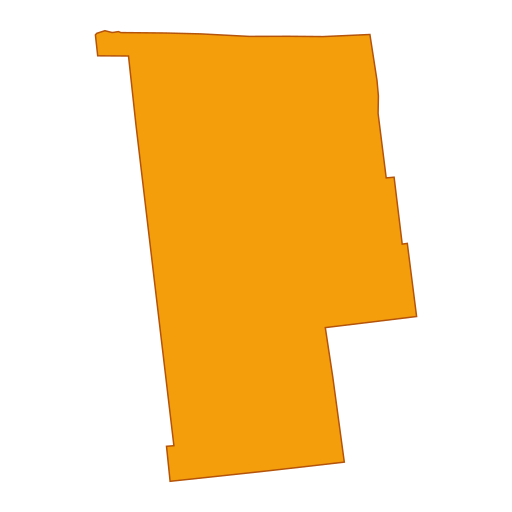 the district of Franklin, New York, United States of America
{"feature_id": "52423323B52661947985134", "entity_name": "Franklin", "entity_type": "district", "adm_level": 2, "iso_a3": "USA", "parent_name": "United States of America", "parent_adm1": "New York", "projection": "natural_earth1", "projection_center": [-74.342, 44.551], "detail": "fine", "context": "isolated", "style": "filled", "palette": "amber", "viewbox_px": 512, "rotation_deg": 0, "n_neighbors": 0, "source": "geoboundaries", "source_scale": "gbopen_adm2", "svg_char_len": 506}
<svg xmlns="http://www.w3.org/2000/svg" viewBox="0 0 512 512"><path d="M369.9,34.5L323.0,36.6L288.7,36.3L249.0,36.4L200.9,33.9L165.0,33.0L120.8,32.6L118.5,31.6L116.3,31.9L114.2,32.3L112.0,32.5L104.9,30.7L96.8,33.3L95.4,34.9L97.7,55.8L128.5,56.0L135.9,124.4L173.9,445.7L166.5,446.3L170.1,481.3L270.0,470.6L344.3,462.1L332.8,377.2L325.3,327.6L416.6,316.5L407.3,243.4L402.2,244.1L394.1,177.2L386.2,177.9L378.1,113.5L378.4,96.0L377.0,80.4L369.9,34.5Z" fill="#f59e0b" stroke="#b45309" stroke-width="1.5"/></svg>